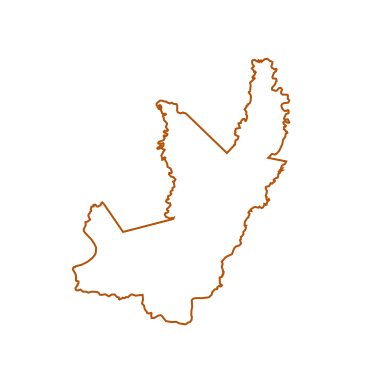 Unión Panamericana ( Animas), Chocó, Colombia, rotated 42°
{"feature_id": "7082276B59837369743013", "entity_name": "Unión Panamericana ( Animas)", "entity_type": "district", "adm_level": 2, "iso_a3": "COL", "parent_name": "Colombia", "parent_adm1": "Chocó", "projection": "robinson", "projection_center": [-76.654, 5.295], "detail": "fine", "context": "isolated", "style": "outline", "palette": "amber", "viewbox_px": 384, "rotation_deg": 42, "n_neighbors": 0, "source": "geoboundaries", "source_scale": "gbopen_adm2", "svg_char_len": 6051}
<svg xmlns="http://www.w3.org/2000/svg" viewBox="0 0 384 384"><g transform="rotate(42 192 192)"><path d="M260.7,224.0L260.7,218.2L261.1,216.5L263.3,211.4L261.0,205.7L261.1,203.2L263.0,199.9L262.9,197.4L259.8,195.6L259.9,194.3L258.4,192.8L258.7,190.8L258.3,188.8L256.9,187.5L257.0,184.8L256.0,182.4L254.4,181.8L254.5,180.9L253.3,181.6L251.3,179.0L250.5,174.9L250.9,173.1L250.4,172.6L250.0,170.8L249.2,169.5L247.7,169.6L247.4,167.8L247.5,167.3L248.8,166.4L247.3,165.7L248.1,162.1L249.4,160.5L251.9,159.2L252.0,157.8L254.6,157.3L255.0,156.2L254.8,154.5L254.4,153.1L253.6,152.4L254.1,152.0L255.3,152.2L255.9,151.6L255.0,150.2L254.6,148.6L253.9,148.2L254.7,147.2L254.8,146.2L253.8,145.8L253.7,147.4L252.2,147.5L250.9,145.8L250.4,146.1L249.1,145.2L248.4,143.3L247.1,141.2L244.4,140.0L243.6,139.1L243.6,138.4L245.4,136.1L244.5,132.8L245.9,132.3L246.4,128.9L246.2,128.4L245.2,128.9L244.4,128.1L245.1,125.3L246.1,124.2L245.5,122.6L244.0,120.8L244.5,119.6L244.4,118.8L243.2,118.9L244.5,115.5L242.7,116.6L243.1,113.9L242.2,114.6L241.2,112.5L241.5,110.7L242.3,108.9L241.6,106.2L225.8,115.6L225.9,110.2L228.6,108.7L229.2,106.7L229.3,103.1L227.1,96.0L224.8,92.5L224.3,88.3L222.7,86.2L223.3,84.2L222.2,83.6L221.1,84.2L220.3,83.7L218.2,83.9L216.9,81.9L217.8,80.7L217.6,80.0L214.4,79.8L213.4,79.3L213.2,78.5L213.7,77.1L216.5,76.7L217.6,75.8L217.7,75.2L214.6,73.9L212.5,76.1L211.2,76.0L209.8,71.8L209.9,70.8L211.0,68.9L209.4,66.9L208.4,66.9L207.9,68.6L206.3,69.9L203.1,69.6L200.7,68.2L200.2,66.8L200.3,65.9L200.7,64.7L203.6,61.4L203.2,59.2L202.5,58.7L200.7,58.7L199.0,56.3L198.2,55.9L196.9,56.6L194.0,59.1L192.4,59.1L191.2,58.0L190.5,55.8L188.8,55.1L187.9,55.5L187.1,56.7L187.2,59.5L186.6,60.8L183.1,62.4L181.8,61.2L181.7,56.7L180.5,53.7L180.6,52.8L178.7,51.6L176.1,53.4L174.9,53.0L173.2,48.8L173.6,46.0L172.8,44.3L172.2,44.2L171.3,45.7L168.0,46.2L166.8,45.4L165.9,43.0L164.7,41.6L161.9,42.5L158.8,42.6L157.2,44.6L156.5,48.8L155.4,48.0L155.0,48.3L155.0,50.6L154.4,50.7L153.6,49.5L153.2,49.5L153.2,51.3L150.4,51.8L149.0,53.3L148.9,54.1L149.8,55.4L151.1,56.4L153.9,57.0L153.8,60.2L156.5,60.4L157.5,61.2L158.2,60.2L159.3,60.4L159.4,61.5L160.1,62.6L160.0,66.1L161.1,66.6L161.9,65.4L162.6,65.6L162.0,71.9L164.3,73.6L167.4,77.7L167.8,78.7L167.3,79.6L167.5,80.0L171.2,80.9L172.8,82.6L174.7,85.3L175.6,87.6L174.7,89.7L175.5,90.5L175.0,92.0L175.7,92.7L175.7,95.3L178.9,96.1L180.5,98.2L182.3,98.6L182.7,99.7L183.6,100.6L183.9,102.0L184.4,102.5L184.3,103.4L183.4,103.5L182.1,102.7L180.9,104.1L181.1,106.2L182.2,108.1L180.9,109.2L180.6,110.0L184.7,112.2L182.2,115.7L182.8,116.3L183.1,117.8L184.7,118.6L184.7,119.9L185.8,120.6L189.4,119.6L190.3,121.2L190.6,122.7L189.8,124.5L192.2,128.0L191.8,128.9L192.1,129.1L191.9,139.7L135.0,137.7L132.0,139.1L130.9,141.2L128.2,142.3L126.7,141.6L123.1,137.6L121.7,137.0L119.5,138.8L117.2,139.2L116.3,141.1L114.1,141.9L112.4,142.0L110.9,143.3L108.8,144.0L107.1,145.5L106.5,148.9L106.7,150.2L107.6,151.1L111.7,152.5L112.3,152.2L112.3,151.5L111.7,150.8L109.8,150.4L109.6,149.6L109.9,148.9L110.8,148.7L112.5,149.3L114.1,152.2L115.6,152.5L117.1,153.5L118.2,153.2L119.6,151.8L120.6,151.7L120.7,152.4L119.3,154.2L119.6,155.2L121.1,155.6L123.0,157.3L127.4,157.7L128.1,158.3L128.9,160.7L129.4,161.3L132.8,162.0L132.8,163.2L130.7,164.7L130.6,166.0L131.1,166.4L134.4,165.5L135.2,165.6L135.5,166.3L135.3,168.0L133.7,168.2L133.3,169.0L133.7,169.7L135.6,170.3L136.1,171.7L136.1,172.5L134.8,175.4L133.8,176.8L134.0,178.1L134.6,178.5L135.3,178.2L136.9,176.8L138.0,174.9L138.8,175.2L139.8,176.6L139.6,178.1L138.2,178.3L137.4,178.8L137.4,180.5L136.8,182.2L137.2,182.9L137.9,182.8L139.7,179.8L141.4,179.7L143.3,178.8L143.7,179.4L143.7,181.1L144.8,185.4L147.8,187.3L148.3,188.0L148.7,187.6L148.3,184.8L149.3,184.4L150.1,186.0L154.5,187.5L157.1,189.7L160.5,188.9L163.8,190.7L164.0,191.8L162.3,193.1L163.0,194.2L166.1,194.6L168.3,193.4L171.3,193.7L171.7,195.1L171.0,197.0L172.6,197.4L175.4,199.7L175.4,200.5L174.7,201.9L176.4,203.7L175.8,205.1L175.9,206.3L176.6,207.0L177.7,207.0L178.0,207.6L177.9,209.3L177.0,211.0L178.0,212.4L179.4,212.9L179.3,213.6L178.3,214.6L178.9,216.2L179.8,216.5L182.2,216.0L183.3,215.1L185.1,216.4L184.8,221.5L185.3,222.0L187.1,221.9L187.7,222.7L187.5,223.8L186.4,225.5L186.8,227.0L189.5,227.9L191.8,226.9L193.6,226.7L194.4,224.7L195.6,224.3L195.8,223.5L196.0,223.9L196.1,224.6L167.5,267.8L134.6,259.9L132.2,259.8L132.1,260.6L132.9,263.3L132.0,264.6L131.8,265.9L130.9,266.4L128.7,266.1L128.1,266.8L128.3,267.9L127.6,267.8L128.1,269.2L127.1,270.2L128.5,272.8L129.3,273.0L129.8,273.7L129.7,275.3L130.3,276.5L130.1,277.4L130.5,278.5L131.3,279.3L134.7,280.6L134.2,283.8L133.0,285.8L135.2,287.7L136.6,292.4L137.7,293.3L139.2,293.8L149.1,294.6L153.9,295.8L158.0,297.5L161.1,301.5L161.9,303.7L162.1,307.5L161.1,313.8L158.7,319.9L155.3,325.0L155.4,326.2L154.5,326.7L154.4,327.5L155.3,329.3L159.3,330.5L162.0,331.9L165.1,335.5L167.5,334.4L168.8,335.9L168.7,337.2L169.4,337.7L169.2,338.5L169.8,341.5L170.9,342.3L171.8,342.4L173.4,341.1L174.4,339.1L177.7,339.0L180.3,336.7L182.4,336.1L184.1,333.2L188.4,329.8L190.0,329.4L192.2,330.0L193.7,328.9L195.9,326.1L200.0,325.2L200.9,322.0L203.2,319.9L206.4,320.2L208.2,319.3L209.2,320.5L210.1,320.4L211.3,317.0L212.9,316.1L213.2,314.3L214.8,313.2L215.2,309.5L215.7,308.4L219.5,306.7L224.1,301.5L227.7,304.9L229.5,308.4L232.2,308.5L235.2,310.6L238.6,311.3L239.9,312.0L241.7,310.7L242.4,309.2L243.2,309.3L244.3,311.1L246.3,312.7L248.4,310.5L249.5,306.7L251.1,304.5L252.5,304.2L259.0,305.4L264.3,302.0L266.7,299.4L268.4,298.6L270.4,298.2L275.6,294.8L276.1,294.1L276.3,291.9L277.5,290.0L277.3,287.4L275.4,284.8L274.0,284.1L271.0,280.6L268.9,277.1L264.3,272.7L264.1,271.6L264.6,269.9L266.0,268.1L270.4,264.3L274.9,259.1L275.4,255.4L274.1,253.0L274.1,249.0L275.6,247.5L275.6,246.9L274.7,246.2L274.5,245.5L275.0,243.6L276.2,243.4L276.6,243.0L276.8,241.4L276.7,241.1L275.0,241.5L274.0,241.3L269.7,237.0L271.0,235.3L270.6,234.6L270.8,233.8L270.1,233.5L270.2,232.1L269.6,232.0L269.2,230.3L268.4,230.5L267.9,229.8L264.1,227.7L263.0,225.0L261.8,224.1L260.7,224.0Z" fill="none" stroke="#b45309" stroke-width="2"/></g></svg>